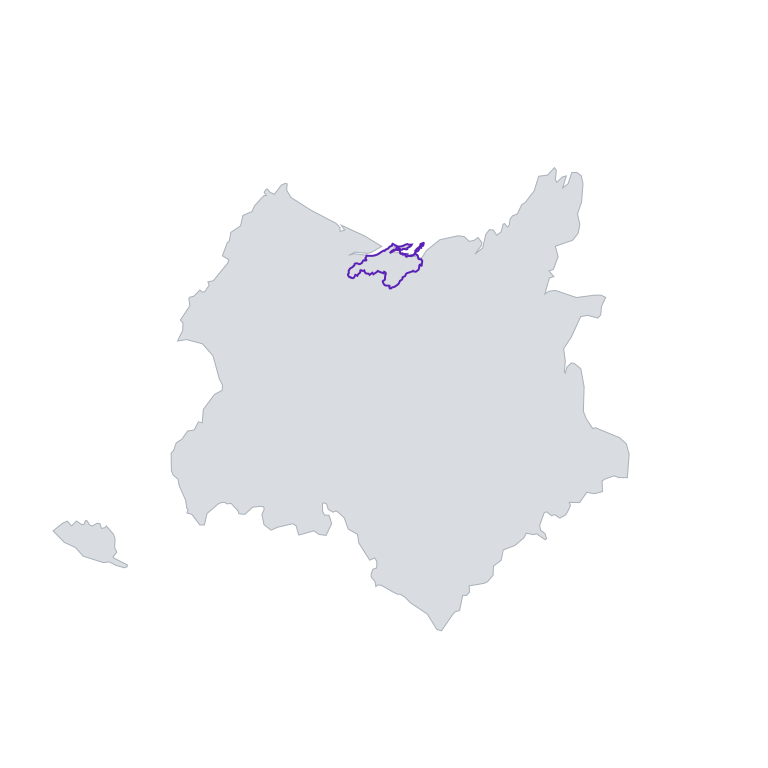 location of Charente-Maritime within France, rotated 110°
{"feature_id": "FRA-5278", "entity_name": "Charente-Maritime", "entity_type": "Metropolitan department", "adm_level": 1, "iso_a3": "FRA", "parent_name": "France", "parent_adm1": "", "projection": "mercator", "projection_center": [-0.827, 45.732], "detail": "fine", "context": "in_parent", "style": "outline", "palette": "violet", "viewbox_px": 768, "rotation_deg": 110, "n_neighbors": 0, "source": "natural_earth", "source_scale": "10m", "svg_char_len": 7708}
<svg xmlns="http://www.w3.org/2000/svg" viewBox="0 0 768 768"><g transform="rotate(110 384 384)"><path d="M577.1,322.4L572.7,324.9L569.9,329.9L567.1,331.1L561.9,331.1L559.4,328.0L553.2,330.0L550.7,333.2L554.4,337.2L542.0,353.3L534.3,357.5L532.6,367.9L523.3,375.7L519.9,383.9L519.6,385.5L521.9,388.2L520.9,393.5L516.3,397.0L516.3,400.4L517.6,400.8L524.8,398.1L527.5,395.0L526.1,390.7L533.2,385.4L546.1,386.7L547.6,393.7L545.9,399.6L555.1,412.4L547.1,418.3L546.6,422.2L554.9,434.9L560.0,440.2L557.3,448.6L548.5,454.1L543.0,453.7L540.6,455.0L540.9,457.6L544.7,465.3L554.1,470.2L555.5,476.0L552.9,478.1L548.6,486.7L550.4,491.0L549.7,492.8L550.7,495.8L553.2,498.6L566.2,506.0L577.9,504.6L579.4,508.8L572.2,520.0L572.6,525.0L569.0,525.1L568.3,526.8L561.1,530.6L549.4,541.8L543.9,545.1L541.7,550.8L538.5,554.0L521.7,560.4L518.5,559.0L510.3,559.1L505.2,555.1L495.4,552.5L492.2,546.6L483.1,545.5L482.6,541.5L469.7,545.1L451.7,539.7L445.3,533.9L440.1,535.5L435.4,540.6L416.0,554.3L408.3,568.4L409.8,584.7L414.2,592.7L402.4,591.5L395.4,593.8L393.5,597.2L376.8,593.2L370.6,596.6L368.9,596.3L366.8,592.9L358.6,589.1L359.8,586.4L358.7,584.0L351.0,582.1L348.3,584.4L345.4,579.7L323.7,572.2L320.2,572.4L318.8,579.7L304.9,579.6L302.9,578.2L293.9,579.8L284.4,572.9L273.8,574.2L267.2,567.1L260.9,566.6L252.0,563.0L247.9,561.1L247.4,559.0L244.8,562.2L241.4,561.4L240.7,560.5L242.8,556.5L243.3,551.9L232.1,548.5L229.1,545.2L229.1,543.4L235.1,541.8L240.5,535.4L245.7,512.0L249.4,484.1L252.1,478.8L255.6,477.4L252.8,473.5L249.4,478.6L251.5,452.8L255.5,433.2L264.9,441.2L267.1,444.7L269.9,456.3L275.2,461.2L271.7,456.5L268.3,441.0L266.2,436.6L251.2,423.6L250.7,420.6L257.3,422.2L254.6,412.4L253.0,391.8L243.9,389.7L229.4,380.9L219.3,365.0L218.1,359.0L220.8,352.7L218.4,348.6L214.2,345.8L217.5,340.4L220.4,339.8L231.0,343.0L222.4,337.8L208.4,339.5L202.9,337.7L201.9,333.9L205.6,329.0L201.0,326.0L193.0,326.7L192.0,325.4L194.3,321.9L192.3,320.6L185.8,321.9L182.1,320.8L178.6,316.8L168.1,315.9L165.7,313.6L151.2,308.9L135.9,309.7L131.7,301.7L122.4,297.8L124.2,295.2L133.5,292.8L135.3,290.5L128.5,287.2L126.1,283.9L138.6,283.1L132.9,279.5L120.9,279.8L119.3,274.9L120.8,269.9L127.8,265.5L145.3,260.6L158.0,260.4L167.0,254.6L175.9,253.1L184.4,255.9L195.9,270.1L205.0,263.9L218.5,264.1L221.3,267.6L225.0,261.1L227.9,264.9L244.5,263.6L240.7,261.1L237.5,255.1L236.9,232.7L228.4,216.3L226.3,210.4L226.8,205.3L236.7,206.2L244.9,204.0L248.9,205.5L249.9,216.1L253.3,222.2L276.2,224.1L289.4,227.3L300.5,221.4L310.9,218.7L311.7,217.3L305.7,217.9L300.2,215.3L299.5,212.5L302.4,204.2L318.2,195.0L341.5,187.3L347.5,182.1L354.4,172.6L352.8,170.2L353.9,144.3L357.3,135.8L366.2,129.6L388.8,123.3L391.7,131.6L391.5,136.3L397.5,143.6L400.5,145.9L410.4,141.9L415.1,148.7L416.5,156.4L428.4,159.6L431.9,169.5L434.1,167.3L441.5,167.8L445.0,168.6L449.9,172.9L448.4,178.9L450.5,181.7L448.5,187.2L449.9,189.4L463.6,189.4L467.7,187.0L469.5,181.6L473.7,178.3L475.2,179.3L472.6,189.5L474.5,192.1L475.5,199.3L480.6,199.9L490.7,205.6L499.2,215.2L509.6,213.6L517.8,218.9L526.3,216.1L534.3,219.0L537.1,221.8L544.6,235.0L550.3,232.4L554.4,234.0L555.7,237.8L571.0,235.5L573.8,239.2L577.0,240.6L596.3,245.6L596.5,250.5L585.4,264.6L580.5,284.4L577.2,291.3L576.0,296.4L576.9,299.8L576.3,305.2L574.0,317.9L575.3,321.6L577.1,322.4ZM646.1,573.9L645.1,581.3L647.8,586.6L648.7,607.8L643.2,617.9L642.2,630.2L635.2,644.7L624.5,638.2L621.2,634.7L624.2,629.1L617.9,626.1L619.4,620.7L618.7,618.0L614.4,617.7L614.1,616.3L617.3,612.1L617.3,609.5L613.1,606.2L612.3,603.3L616.3,600.1L614.5,597.1L612.3,596.4L617.7,586.8L621.5,583.8L630.0,581.1L633.4,577.5L639.0,579.5L639.9,578.5L641.8,563.2L643.7,563.0L645.5,565.0L646.1,573.9ZM251.9,413.5L250.6,418.2L244.8,410.2L244.1,405.8L251.9,413.5Z" fill="#d9dde1" stroke="#a8b0b8" stroke-width="1"/><path d="M269.3,444.3L268.8,442.3L267.6,438.9L266.8,437.5L266.0,436.1L264.3,434.2L259.1,430.3L258.9,430.1L258.8,429.1L258.6,428.9L257.3,428.4L255.4,426.5L254.2,426.0L253.5,425.9L252.9,425.5L252.4,425.0L252.0,424.4L251.3,423.8L250.0,424.1L249.3,423.8L249.9,420.1L249.9,419.5L252.4,418.7L253.1,418.7L255.5,421.5L255.9,421.8L256.3,422.2L258.9,423.4L258.1,422.5L254.8,419.8L253.8,418.7L253.6,418.2L253.6,417.6L253.4,416.8L253.2,416.0L252.8,415.4L253.3,415.2L253.5,414.9L253.7,414.6L253.9,414.4L254.3,414.0L254.9,413.6L255.2,413.6L255.5,413.6L255.9,412.9L255.9,412.4L255.6,411.8L255.4,411.3L255.1,411.1L255.3,410.9L255.7,410.5L255.9,410.3L255.3,409.9L254.9,409.2L254.4,407.5L255.1,408.0L255.8,408.0L256.2,407.6L256.7,406.7L256.7,406.4L256.5,406.1L256.3,405.9L256.0,405.7L255.3,405.4L255.2,405.0L255.2,404.5L254.9,403.7L254.9,403.2L254.7,402.9L254.3,402.8L254.1,402.7L253.9,402.4L253.7,402.3L253.7,402.0L254.1,401.6L253.3,400.9L253.0,400.9L252.8,400.8L252.8,400.5L252.9,400.3L252.8,400.1L252.6,400.1L252.1,400.1L251.7,400.0L251.4,400.0L251.1,399.9L250.7,399.6L250.7,399.1L250.9,398.6L251.3,398.2L251.6,397.9L251.4,396.9L251.8,396.2L254.4,394.6L254.7,393.9L254.6,393.5L254.5,393.0L254.4,392.3L254.0,391.8L254.2,391.5L254.9,390.6L255.1,390.3L255.5,390.1L257.7,389.6L258.5,389.5L258.9,389.4L259.6,389.1L259.9,389.1L260.1,389.5L260.1,389.9L259.9,390.3L259.6,390.5L259.4,390.9L259.6,391.1L259.9,391.3L260.6,391.3L261.0,391.3L261.4,391.1L262.6,390.9L262.8,390.8L263.4,390.6L264.0,390.6L264.9,390.7L267.5,392.4L267.8,393.1L268.0,393.9L268.0,394.7L267.7,395.4L268.7,396.1L271.9,400.2L272.7,400.8L273.6,401.0L275.1,401.0L275.8,401.4L276.6,402.3L277.3,403.0L279.0,402.7L279.8,402.9L281.7,404.3L284.2,404.4L285.8,405.0L288.9,407.2L290.8,409.7L291.6,410.0L292.2,411.1L291.7,411.8L290.7,412.2L289.9,412.3L289.8,412.6L290.8,415.8L290.9,416.6L290.7,417.4L290.1,418.4L289.0,419.6L287.9,420.3L287.1,420.0L286.3,419.1L285.4,418.9L282.3,419.8L280.2,420.0L279.3,420.2L278.7,420.9L278.5,422.2L280.1,422.2L280.0,423.2L280.2,426.1L279.9,427.9L279.9,428.6L281.1,429.0L284.5,431.5L284.2,431.9L283.8,432.7L283.5,433.1L286.4,434.8L285.7,436.1L285.6,436.4L286.3,438.4L286.0,439.4L285.4,440.3L284.0,441.4L284.9,442.3L285.1,442.8L285.1,443.0L284.9,443.7L284.9,444.5L285.2,445.0L285.6,445.1L286.2,444.8L287.5,444.6L290.1,446.0L291.4,446.0L291.2,448.2L294.1,448.5L295.2,449.4L295.5,451.1L295.4,451.2L295.0,451.9L295.0,452.1L295.2,452.5L295.4,453.0L295.4,453.3L295.2,453.6L295.0,453.8L294.2,454.9L293.2,455.4L292.2,455.0L291.6,455.1L290.1,455.7L289.5,455.9L289.0,455.9L287.1,455.3L286.6,455.1L286.2,454.8L285.5,454.0L285.2,453.7L284.6,453.4L284.1,453.3L282.9,452.5L282.5,452.4L281.5,452.7L281.1,452.6L280.9,452.5L280.6,452.1L280.1,451.3L280.0,451.0L279.9,450.6L279.8,450.3L279.8,449.9L279.8,449.6L279.9,448.5L279.8,448.1L279.6,447.7L279.1,447.2L278.1,446.4L277.5,446.1L277.0,446.0L276.6,446.0L276.1,446.0L275.3,445.8L274.9,445.5L274.6,445.2L274.5,444.1L274.4,443.8L274.2,443.4L273.9,443.0L273.5,443.0L273.3,443.2L273.1,443.4L272.9,443.8L272.8,444.1L272.6,444.3L272.3,444.4L271.9,444.5L270.6,444.2L269.3,444.3L269.3,444.3ZM250.3,411.4L250.2,411.9L250.5,412.3L251.6,412.9L251.9,413.4L251.9,413.8L251.6,416.1L251.3,417.5L250.7,418.3L250.1,418.0L249.5,416.2L249.2,415.5L248.8,414.7L246.7,412.3L245.9,411.7L245.1,410.7L244.5,409.7L244.6,409.2L244.7,408.7L244.3,407.4L243.5,405.6L244.6,405.8L245.9,406.4L247.0,407.4L247.9,408.3L248.3,408.6L248.8,408.4L249.3,408.3L249.8,408.9L250.0,409.5L249.9,410.1L249.9,410.7L250.3,411.1L250.3,411.4ZM248.0,400.1L247.9,399.9L247.7,399.8L246.0,399.5L242.4,397.2L240.4,397.6L239.8,397.4L238.3,395.6L237.9,395.3L237.9,395.0L240.0,394.5L240.7,394.6L241.0,394.8L241.1,395.1L241.2,395.4L240.9,395.7L240.0,395.4L239.7,395.3L240.3,396.5L241.3,396.4L242.3,396.0L243.2,395.7L243.2,396.1L242.7,396.1L242.7,396.5L243.3,396.8L247.1,397.4L247.9,398.0L248.6,398.8L249.1,399.8L248.7,399.8L248.4,399.9L248.0,400.1Z" fill="none" stroke="#5b21b6" stroke-width="2"/></g></svg>